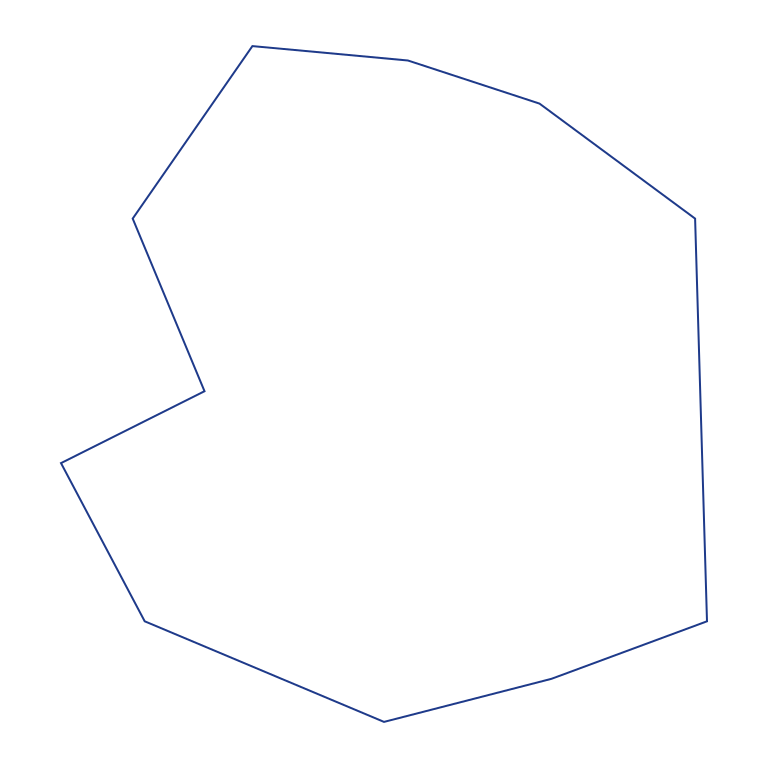 an SVG outline of Iklin
{"feature_id": "MLT-5931", "entity_name": "Iklin", "entity_type": "state/province", "adm_level": 1, "iso_a3": "MLT", "parent_name": "Malta", "parent_adm1": "", "projection": "robinson", "projection_center": [14.454, 35.906], "detail": "fine", "context": "isolated", "style": "outline", "palette": "blue", "viewbox_px": 768, "rotation_deg": 0, "n_neighbors": 0, "source": "natural_earth", "source_scale": "10m", "svg_char_len": 267}
<svg xmlns="http://www.w3.org/2000/svg" viewBox="0 0 768 768"><path d="M252.4,46.1L407.9,60.5L539.5,103.6L695.1,218.6L707.0,621.3L551.5,678.8L384.0,721.9L144.7,621.3L61.0,463.1L204.5,391.2L132.7,218.6L252.4,46.1Z" fill="none" stroke="#1e3a8a" stroke-width="2"/></svg>